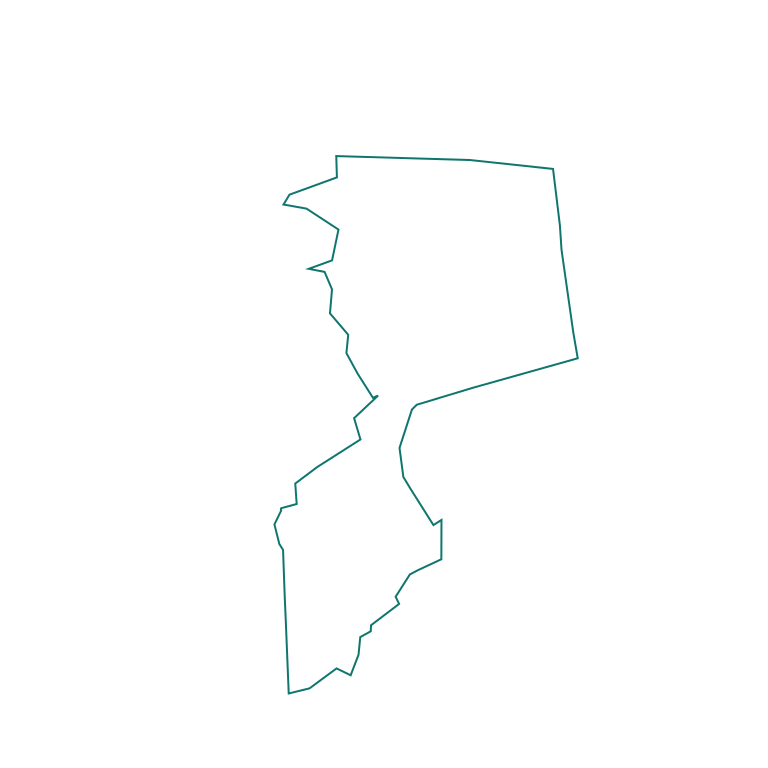 outline of Passaic, New Jersey, United States of America, rotated 52°
{"feature_id": "52423323B2670997782408", "entity_name": "Passaic", "entity_type": "district", "adm_level": 2, "iso_a3": "USA", "parent_name": "United States of America", "parent_adm1": "New Jersey", "projection": "equal_earth", "projection_center": [-74.273, 41.012], "detail": "fine", "context": "isolated", "style": "outline", "palette": "teal", "viewbox_px": 768, "rotation_deg": 52, "n_neighbors": 0, "source": "geoboundaries", "source_scale": "gbopen_adm2", "svg_char_len": 885}
<svg xmlns="http://www.w3.org/2000/svg" viewBox="0 0 768 768"><g transform="rotate(52 384 384)"><path d="M419.0,542.2L420.4,542.9L427.2,556.8L445.7,565.0L452.6,565.7L489.7,592.6L497.4,598.1L513.5,609.6L569.2,649.6L578.0,630.0L578.9,596.5L593.0,589.6L581.7,570.8L568.8,558.5L570.7,546.7L566.1,542.7L566.6,507.5L558.8,505.8L550.0,480.9L551.6,471.9L557.4,446.7L526.5,422.4L525.6,431.9L482.5,427.6L469.2,426.0L443.9,411.1L421.3,377.7L420.5,371.0L441.8,316.0L483.0,215.5L458.8,202.5L458.7,202.4L410.5,174.7L387.4,161.4L367.4,147.8L318.6,118.4L260.5,178.3L175.0,281.3L192.2,293.9L176.6,341.9L180.7,352.7L198.1,337.1L234.3,324.8L254.6,348.8L246.9,372.4L259.1,361.8L277.4,366.7L295.1,383.1L323.2,381.9L336.5,394.6L359.5,398.4L388.0,401.2L389.5,395.8L392.5,428.6L413.2,436.7L408.3,487.9L407.8,515.2L424.8,526.7L418.6,541.4L419.0,542.2Z" fill="none" stroke="#0f766e" stroke-width="2"/></g></svg>